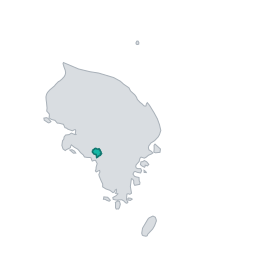 location of Iksan-si, North Jeolla, South Korea, rotated 317°
{"feature_id": "91817680B56582975498752", "entity_name": "Iksan-si", "entity_type": "district", "adm_level": 2, "iso_a3": "KOR", "parent_name": "South Korea", "parent_adm1": "North Jeolla", "projection": "orthographic", "projection_center": [126.986, 36.019], "detail": "fine", "context": "in_parent", "style": "filled", "palette": "teal", "viewbox_px": 256, "rotation_deg": 317, "n_neighbors": 0, "source": "geoboundaries", "source_scale": "gbopen_adm2", "svg_char_len": 3841}
<svg xmlns="http://www.w3.org/2000/svg" viewBox="0 0 256 256"><g transform="rotate(317 128 128)"><path d="M79.2,64.8L80.0,64.2L80.0,63.3L80.1,60.2L82.4,58.2L85.7,53.9L87.4,51.5L89.2,49.3L91.4,47.8L93.5,47.1L96.8,46.8L103.1,47.1L104.4,46.8L108.8,46.6L109.8,47.0L113.0,47.2L116.6,46.9L118.4,46.2L120.0,45.1L121.4,43.1L122.9,39.5L124.4,36.6L125.4,36.1L132.1,51.1L138.5,60.8L144.0,67.8L151.9,81.3L154.3,88.5L154.7,93.0L156.1,99.2L155.1,102.8L155.6,108.4L155.2,111.3L154.3,113.5L154.3,117.5L154.7,119.7L154.8,122.6L155.4,123.7L156.3,124.1L157.7,123.0L159.4,122.6L159.2,126.0L157.4,134.9L155.7,141.4L153.3,147.0L150.3,152.2L146.5,154.3L143.9,155.1L138.8,155.4L134.5,154.6L130.9,155.3L129.4,156.4L128.4,158.3L129.2,161.1L129.1,163.2L127.6,163.0L124.4,161.9L121.0,161.7L119.4,161.2L117.7,158.2L116.1,158.3L113.2,160.1L108.8,160.5L107.3,161.5L106.8,162.8L107.4,164.3L109.6,166.4L108.9,168.5L106.6,169.5L104.7,167.0L103.5,164.5L102.3,164.3L100.2,165.1L99.8,167.8L100.8,169.6L102.3,171.7L100.2,174.2L99.6,176.0L98.1,177.2L93.8,174.5L94.4,172.5L96.2,170.5L96.5,168.5L95.9,167.4L89.8,172.4L86.1,178.1L84.1,177.7L83.3,176.2L82.1,175.6L78.1,179.3L77.4,182.2L75.9,182.3L75.2,181.0L75.2,178.4L74.5,176.2L70.4,172.9L68.5,170.1L69.5,168.5L73.0,169.4L75.7,169.3L75.2,167.9L74.3,167.3L76.1,166.6L77.7,165.0L76.4,164.6L74.5,165.5L72.9,165.0L72.3,161.3L70.3,157.5L69.3,153.8L71.3,151.7L72.3,148.4L74.1,143.6L75.0,142.1L77.5,141.0L78.3,139.7L77.0,139.1L74.8,138.5L74.9,137.1L76.4,136.4L78.0,134.9L81.2,133.0L82.2,129.5L81.3,128.7L79.3,127.8L79.8,126.1L80.6,124.7L80.3,123.9L78.0,121.6L76.4,119.5L76.9,117.2L76.5,113.6L76.8,110.6L76.7,109.0L75.6,105.3L75.1,101.7L73.6,102.2L72.4,103.1L68.1,101.8L66.7,101.7L66.2,99.0L67.8,95.6L71.4,92.7L73.5,92.3L75.1,91.0L77.6,90.6L80.5,92.7L83.1,93.1L84.6,96.5L85.5,97.3L85.7,96.0L87.8,94.5L88.4,93.4L87.9,92.8L85.4,92.1L83.2,87.8L82.9,86.0L82.1,84.8L83.3,81.3L80.8,77.4L79.6,76.2L79.8,72.6L78.4,70.4L77.7,69.2L77.3,67.0L77.7,66.1L78.8,65.7L79.2,64.8ZM69.9,219.2L68.6,219.9L67.5,219.5L67.1,219.1L65.7,217.1L65.4,216.1L66.3,214.3L70.3,211.2L80.4,208.2L82.2,208.1L86.2,209.4L87.1,211.8L86.3,213.9L85.4,215.3L80.8,217.6L77.1,218.7L69.9,219.2ZM137.4,165.5L134.8,167.6L131.2,164.9L130.4,163.3L133.0,161.0L135.3,158.4L136.8,158.2L137.4,165.5ZM118.6,165.5L118.4,168.8L116.4,169.0L115.2,166.9L114.0,167.9L113.3,168.0L112.3,165.3L112.1,163.2L114.4,161.6L115.8,162.6L117.8,163.0L118.6,165.5ZM67.6,180.3L65.8,180.8L64.8,179.7L64.1,179.3L64.5,177.8L67.4,174.8L68.0,173.8L70.7,174.4L71.7,176.0L70.4,178.5L67.6,180.3ZM76.1,66.3L76.0,70.8L74.5,70.6L73.5,70.2L73.1,69.3L72.1,65.1L73.2,63.4L75.4,64.8L76.1,66.3ZM65.9,168.1L65.6,168.9L64.3,168.7L63.1,166.3L62.6,164.5L61.4,163.4L63.4,161.9L65.9,164.8L65.9,168.1ZM73.1,108.5L72.7,110.7L70.9,109.2L70.4,104.4L72.3,105.8L73.1,108.5ZM194.2,73.0L193.0,74.0L191.5,73.1L191.3,72.0L192.0,71.1L193.7,70.5L194.6,71.2L194.2,73.0ZM82.1,181.3L82.6,182.9L80.3,182.6L79.1,181.0L79.3,179.7L80.6,179.5L82.1,181.3ZM111.3,172.0L111.0,173.1L109.5,171.5L110.9,169.8L111.3,172.0Z" fill="#d9dde1" stroke="#a8b0b8" stroke-width="1"/><path d="M89.2,120.4L88.6,120.5L88.3,120.3L88.0,120.2L87.6,120.1L87.4,120.4L87.0,120.7L86.7,120.7L86.3,120.6L86.0,120.9L85.6,121.2L85.5,121.8L85.6,122.3L85.6,122.7L85.4,122.9L85.4,123.0L85.4,123.9L85.8,124.5L86.0,124.8L86.2,125.1L86.6,125.3L86.7,125.6L86.4,126.1L86.0,126.5L85.8,127.1L85.5,127.5L85.0,128.0L84.9,128.3L85.7,128.5L86.1,128.3L86.5,128.5L86.9,128.7L87.3,128.3L87.7,128.5L89.0,129.1L90.1,128.9L89.9,128.8L89.9,128.2L90.2,128.0L90.6,128.1L91.0,128.2L91.3,128.0L91.6,127.7L91.7,127.3L92.1,126.8L92.1,126.4L92.0,125.7L92.4,125.4L92.6,124.8L92.3,124.6L92.2,124.2L92.6,123.9L92.7,123.5L92.3,123.3L92.1,123.1L91.7,122.9L91.4,122.6L91.0,122.4L90.8,122.0L90.8,121.4L90.5,120.8L89.8,120.7L89.6,120.4L89.2,120.5L89.2,120.4Z" fill="#14b8a6" stroke="#0f766e" stroke-width="1.5"/></g></svg>